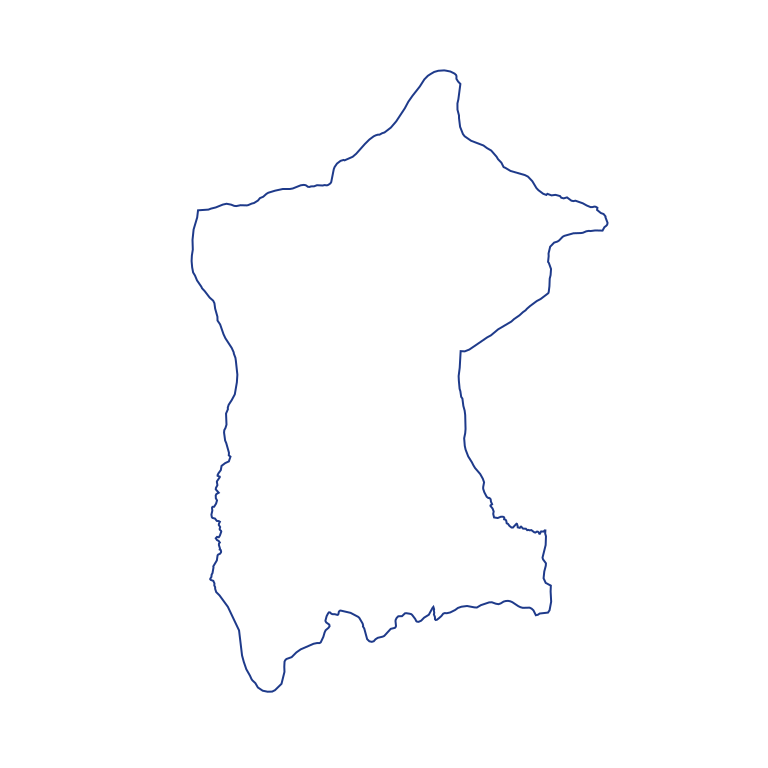 Shieb, Semenawi Keyih Bahri, Eritrea (orthographic projection), rotated 276°
{"feature_id": "51966322B10496032300276", "entity_name": "Shieb", "entity_type": "district", "adm_level": 2, "iso_a3": "ERI", "parent_name": "Eritrea", "parent_adm1": "Semenawi Keyih Bahri", "projection": "orthographic", "projection_center": [39.092, 15.818], "detail": "fine", "context": "isolated", "style": "outline", "palette": "blue", "viewbox_px": 768, "rotation_deg": 276, "n_neighbors": 0, "source": "geoboundaries", "source_scale": "gbopen_adm2", "svg_char_len": 6149}
<svg xmlns="http://www.w3.org/2000/svg" viewBox="0 0 768 768"><g transform="rotate(276 384 384)"><path d="M173.8,571.0L176.3,572.3L185.0,573.0L195.0,571.4L200.9,571.0L203.1,565.6L207.5,563.0L214.3,563.0L220.2,563.9L222.6,563.8L226.2,560.5L227.9,559.8L240.7,561.6L249.5,561.0L252.2,559.9L255.2,559.8L255.2,559.1L253.9,558.1L253.8,555.7L251.3,554.6L251.4,554.0L252.6,553.4L253.2,552.4L253.2,551.5L252.1,550.1L252.2,549.0L254.1,545.8L253.7,544.2L254.0,542.9L253.6,541.7L254.9,540.2L254.7,537.4L256.5,535.3L256.4,534.9L255.1,534.1L255.4,532.0L257.1,531.6L258.8,530.8L258.9,530.4L254.7,527.2L254.6,525.8L256.0,523.6L257.8,522.0L258.3,520.6L260.9,519.8L261.7,519.1L262.0,517.6L263.5,517.6L264.1,517.2L264.4,516.2L264.2,514.1L262.6,511.1L262.8,507.4L266.2,506.2L268.7,506.4L271.5,505.0L273.9,502.6L274.4,502.6L275.7,504.1L278.1,502.7L280.5,502.1L281.3,501.3L281.7,500.4L281.5,499.7L282.6,497.9L286.8,495.1L290.1,493.6L291.8,493.4L296.7,493.8L300.1,492.2L304.5,489.1L310.0,483.3L312.5,481.4L315.3,479.6L320.8,475.3L327.3,472.0L330.9,470.8L338.4,469.4L343.6,469.9L347.8,469.8L361.6,468.0L365.9,467.0L370.5,465.2L377.7,463.5L379.3,462.1L384.8,460.7L387.1,459.7L395.1,458.1L399.7,457.4L408.1,457.6L424.7,456.8L424.9,460.9L427.2,465.3L441.2,481.8L443.6,485.3L450.3,491.8L459.4,504.1L462.2,506.6L466.4,511.5L470.0,514.7L472.1,517.1L473.8,518.3L476.8,521.1L482.5,527.3L484.9,530.9L491.5,537.9L492.8,538.2L498.6,538.3L506.1,537.8L509.7,538.3L515.8,538.1L521.6,535.3L522.6,534.4L528.4,534.4L531.0,534.0L537.9,534.9L542.4,538.4L543.8,541.6L545.0,543.1L549.1,546.3L550.2,547.9L553.7,556.7L554.7,564.0L555.2,566.0L557.0,569.2L557.7,571.7L557.7,573.4L558.8,578.0L559.4,585.3L563.0,586.8L564.6,588.5L565.8,589.3L567.6,589.5L573.0,586.8L573.8,586.8L576.0,584.6L576.7,581.8L579.4,577.7L581.6,577.8L582.4,576.0L582.4,574.5L581.8,573.1L581.5,571.0L582.7,567.0L584.5,562.8L586.3,555.2L585.7,553.3L585.9,551.2L588.7,546.5L587.4,543.3L587.8,540.8L589.3,539.4L589.9,535.7L590.0,534.6L589.1,530.9L590.2,526.6L589.0,525.7L589.8,522.5L592.9,517.3L594.8,515.1L601.2,510.3L605.3,505.5L606.5,502.3L609.1,487.6L611.7,482.0L612.2,480.3L616.4,477.6L619.5,473.9L621.8,472.2L627.4,466.2L629.4,461.7L631.6,458.0L635.0,445.2L638.8,438.3L640.8,436.4L647.7,432.8L656.3,430.8L658.9,430.5L664.5,428.4L670.7,427.7L674.9,428.2L690.4,428.6L692.5,426.1L695.1,424.1L697.7,423.9L698.8,423.4L700.1,421.7L701.7,417.4L702.1,413.1L702.2,411.1L701.2,405.3L699.6,401.3L697.2,398.0L695.1,395.4L691.2,392.3L683.6,388.5L673.6,382.2L667.3,378.7L660.4,375.9L646.5,368.7L639.7,364.0L634.2,358.2L633.2,355.9L631.5,353.5L631.3,351.8L630.4,349.7L629.2,347.8L625.6,343.9L620.7,339.9L610.1,332.3L606.7,329.1L602.3,321.4L602.6,320.4L601.4,317.5L598.3,314.2L594.6,312.2L592.4,311.6L579.3,310.4L577.9,309.7L576.3,307.9L575.6,306.5L575.6,303.9L575.0,302.4L574.7,296.6L573.3,293.8L572.9,290.7L572.2,289.4L572.2,287.6L573.3,285.9L573.6,284.7L573.6,283.2L572.9,280.4L568.9,272.8L568.1,270.0L567.4,263.1L564.9,255.5L562.1,248.9L560.8,247.2L557.6,244.3L555.9,241.2L553.3,239.5L550.4,235.8L549.6,233.6L547.7,230.2L547.3,228.9L546.8,222.6L545.5,218.5L545.5,216.4L546.4,213.2L546.8,208.6L545.6,205.0L542.0,198.2L540.3,193.5L539.1,191.2L537.3,180.9L530.1,180.8L517.8,178.5L507.3,178.5L497.7,179.8L491.7,179.5L486.2,179.8L480.0,181.0L475.0,182.5L472.1,184.7L467.5,187.2L461.6,192.2L460.1,193.1L457.6,196.0L451.7,201.6L449.0,205.4L446.6,206.9L441.3,208.2L433.5,211.3L429.7,211.8L426.1,214.8L416.7,219.2L412.9,221.5L403.9,228.8L399.8,231.2L398.5,231.5L394.5,233.5L391.8,234.2L377.9,237.2L370.3,237.5L358.1,236.7L352.0,234.2L347.1,231.7L344.1,231.1L342.6,231.4L338.1,230.0L327.1,231.6L323.6,230.9L321.5,230.0L319.0,230.0L311.2,231.9L308.7,233.3L299.4,237.0L296.8,237.1L295.7,238.9L290.8,237.8L288.7,234.3L285.6,231.0L281.3,230.7L277.9,228.7L276.0,228.0L275.3,228.1L274.7,230.3L274.1,230.4L269.9,228.1L269.2,228.0L266.0,228.9L263.0,227.7L261.6,227.7L258.6,231.0L257.0,228.8L255.6,228.3L252.8,228.7L250.8,230.1L247.5,229.5L244.2,227.9L243.9,226.3L242.9,225.9L240.1,226.5L236.0,226.0L233.6,226.7L232.9,227.4L232.5,230.0L230.4,232.0L230.4,234.0L229.8,235.2L228.0,234.5L226.6,234.4L224.6,236.0L222.6,235.7L222.0,235.9L220.9,237.3L220.2,237.6L216.4,236.7L214.7,236.0L214.3,235.7L214.5,233.9L213.0,232.8L211.3,234.3L210.7,235.9L209.2,237.3L208.1,236.6L206.7,236.6L203.2,238.1L202.2,237.9L201.8,239.0L200.4,239.5L199.6,239.5L198.1,238.7L197.0,236.9L196.2,236.4L191.1,236.2L184.8,233.3L183.7,233.6L178.0,233.2L176.4,232.5L174.0,232.5L172.3,231.6L171.6,231.6L171.0,232.3L170.4,234.8L168.0,236.2L165.9,236.3L164.3,237.3L162.6,237.5L159.5,238.9L156.6,242.5L146.1,252.0L123.8,265.6L99.2,271.2L93.0,273.6L85.9,276.9L79.9,281.2L76.8,283.0L75.5,284.1L73.1,287.3L69.0,290.3L66.3,295.4L65.8,300.4L66.4,304.9L68.1,307.6L75.1,313.4L87.3,315.1L92.3,314.4L97.5,314.1L98.9,314.6L100.3,315.7L102.7,320.7L107.9,324.9L111.4,328.9L118.3,341.1L119.4,344.6L119.6,347.0L120.5,348.1L126.2,350.1L130.7,350.9L133.0,351.7L135.7,354.3L137.4,355.2L139.0,354.7L140.8,351.5L141.9,350.7L142.6,350.5L147.1,351.2L150.1,352.4L151.2,353.2L151.1,354.4L150.3,355.2L149.7,356.6L149.9,359.2L149.5,361.8L149.7,362.3L150.4,362.7L152.7,362.9L153.4,363.3L154.1,364.1L154.1,365.0L152.9,374.7L149.7,382.7L148.8,383.9L143.5,387.8L141.6,388.5L140.7,388.4L138.8,389.9L128.5,393.9L126.6,396.3L126.3,398.8L127.1,400.7L129.2,402.2L130.9,404.3L132.6,409.1L133.5,410.6L141.2,416.3L142.6,420.3L143.8,421.1L144.7,421.2L149.5,420.2L150.8,420.3L152.8,421.1L154.5,422.5L155.0,426.2L158.1,428.8L158.4,430.1L158.2,433.7L157.9,435.3L157.1,436.3L153.6,439.6L151.5,440.9L151.1,441.7L151.1,443.3L152.5,445.7L155.8,448.3L159.2,452.7L166.5,455.7L167.5,456.4L165.2,457.4L164.3,457.2L161.6,457.9L160.1,457.7L157.6,459.0L155.4,459.3L154.7,460.1L155.1,461.3L156.7,463.0L159.2,465.3L161.8,466.9L162.5,468.3L162.6,470.4L163.7,473.7L166.7,478.4L169.0,480.9L170.6,484.3L171.9,489.8L171.3,497.3L171.4,499.7L174.2,503.5L177.8,511.4L178.2,514.1L177.2,518.1L177.0,520.9L178.0,523.0L180.1,525.7L180.9,527.8L181.3,530.0L181.1,532.3L180.4,534.5L177.1,540.8L176.3,543.0L175.9,545.4L176.8,552.2L176.0,554.3L174.5,556.3L169.9,559.2L170.6,561.2L172.0,562.8L173.8,571.0Z" fill="none" stroke="#1e3a8a" stroke-width="2"/></g></svg>